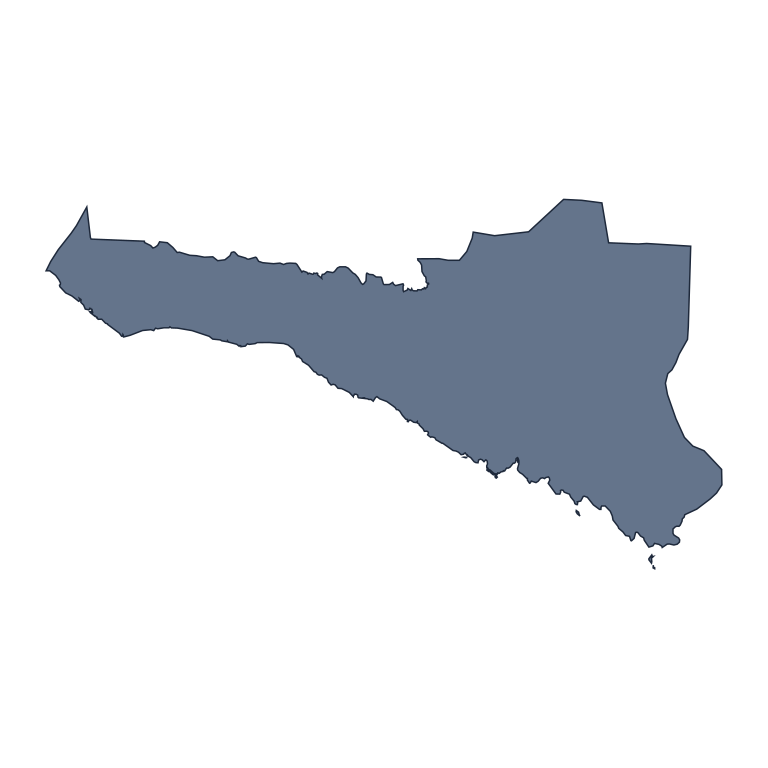 Mimika, Papua, Indonesia
{"feature_id": "22746128B99426029309213", "entity_name": "Mimika", "entity_type": "district", "adm_level": 2, "iso_a3": "IDN", "parent_name": "Indonesia", "parent_adm1": "Papua", "projection": "equal_earth", "projection_center": [136.425, -4.63], "detail": "fine", "context": "isolated", "style": "filled", "palette": "slate", "viewbox_px": 768, "rotation_deg": 0, "n_neighbors": 0, "source": "geoboundaries", "source_scale": "gbopen_adm2", "svg_char_len": 6096}
<svg xmlns="http://www.w3.org/2000/svg" viewBox="0 0 768 768"><path d="M667.5,394.6L665.4,383.2L667.8,373.6L671.9,369.9L675.9,362.6L679.0,354.4L687.5,339.4L688.3,327.0L690.7,246.2L646.7,243.5L638.3,244.0L608.6,242.8L601.9,202.9L581.8,200.3L563.6,199.4L528.6,231.8L494.6,235.7L473.2,232.1L472.2,238.2L466.8,251.5L459.4,260.3L448.2,260.3L439.1,258.7L417.7,258.8L417.9,260.2L420.2,262.4L421.6,265.1L422.0,271.6L424.3,275.8L425.7,276.9L426.3,280.5L426.0,281.9L427.3,283.3L428.5,283.2L428.7,283.9L427.3,285.1L427.3,287.0L426.2,287.5L425.6,288.7L424.3,287.7L423.8,289.0L422.5,288.8L421.3,289.9L417.8,289.7L417.1,290.9L413.4,290.8L412.2,290.0L411.7,288.7L410.8,290.5L407.9,288.5L407.2,290.1L403.6,291.7L403.1,290.4L403.1,286.3L403.6,285.2L403.0,283.8L395.5,285.6L393.6,284.2L392.7,282.4L389.4,284.5L384.0,284.6L383.3,283.8L381.5,277.6L380.9,277.1L376.2,277.0L372.9,274.7L369.3,274.4L367.0,273.1L366.4,274.0L366.0,280.9L363.7,283.9L362.6,284.4L361.0,282.9L358.1,277.7L355.3,274.4L352.8,272.9L348.2,268.1L345.5,266.8L339.8,266.8L337.5,267.9L334.4,271.7L332.8,272.6L327.2,271.6L324.2,274.2L322.3,274.4L321.4,277.0L321.7,278.3L317.6,274.9L317.7,273.5L316.9,273.0L315.7,273.5L313.8,273.1L313.5,274.0L312.8,274.3L309.0,273.1L308.0,274.0L307.0,272.4L303.1,271.0L301.9,272.1L297.0,264.5L295.7,263.4L289.9,263.1L286.5,263.4L283.6,264.5L280.0,263.1L273.5,263.7L262.7,262.7L258.6,261.3L256.4,257.6L255.5,257.2L248.6,259.2L247.2,259.0L245.6,258.0L238.1,255.8L234.7,252.2L233.6,251.9L231.4,252.5L230.0,255.7L224.9,259.8L217.7,260.7L212.8,256.8L204.4,257.2L196.4,255.7L189.8,255.3L179.5,252.2L177.2,252.5L172.9,247.5L167.3,242.7L159.6,241.8L157.7,245.3L155.2,247.2L152.9,248.0L150.7,245.6L144.5,242.5L144.4,241.2L91.1,239.1L90.4,237.6L86.8,207.0L76.4,225.7L71.2,233.2L58.3,249.6L50.7,261.5L46.1,270.8L49.7,270.8L55.7,275.4L58.9,279.8L60.5,283.0L60.3,284.6L59.5,285.2L59.9,286.7L65.7,292.9L71.8,295.9L78.7,301.3L80.2,300.5L79.4,298.4L81.0,299.5L80.9,302.4L83.6,305.1L85.3,309.1L88.6,309.8L89.4,309.5L89.6,308.3L90.8,308.5L91.1,309.3L92.0,309.5L92.7,312.7L92.4,313.3L91.4,312.0L91.6,311.0L90.8,311.8L89.7,311.7L90.4,312.7L95.4,316.7L94.1,315.3L96.9,317.4L97.7,317.2L97.2,317.6L96.2,317.3L98.2,319.3L101.7,319.2L105.5,323.2L107.5,323.8L107.6,324.4L119.4,333.2L121.6,336.2L122.7,335.9L122.9,334.5L123.4,335.3L123.0,336.5L123.6,337.0L130.1,335.3L142.6,330.5L150.8,329.7L153.7,330.6L155.5,328.2L157.7,328.8L163.9,327.8L169.0,327.8L169.9,326.8L171.4,327.9L177.5,328.1L192.1,330.6L209.2,336.3L212.7,339.1L220.4,339.9L221.7,340.8L228.0,341.9L227.4,341.6L227.5,340.8L228.5,342.1L236.8,344.3L239.1,346.2L239.5,345.6L240.7,345.6L240.9,346.7L245.3,346.1L247.4,343.8L249.1,344.4L255.3,343.6L257.1,342.6L269.5,342.5L283.6,343.5L288.0,344.9L293.6,349.4L296.7,356.6L298.0,356.8L297.5,356.1L297.8,355.7L298.9,356.3L299.6,357.6L301.5,359.0L302.6,361.5L308.5,365.2L314.1,371.7L315.9,372.2L317.4,374.3L319.1,375.1L321.6,374.9L324.5,377.3L327.0,378.3L328.5,382.2L331.1,385.0L333.1,384.3L335.1,384.8L338.0,388.3L341.7,388.6L349.3,392.4L353.3,396.7L353.4,395.5L354.3,394.9L354.5,394.2L356.3,394.3L357.7,395.1L358.0,397.2L358.6,397.8L363.8,398.4L363.5,397.8L364.6,397.8L365.2,398.6L367.5,398.8L368.9,399.5L371.0,399.4L373.2,401.2L375.5,397.6L376.9,396.6L379.8,398.9L386.8,401.5L395.1,407.5L396.4,409.6L398.1,409.8L399.8,411.2L402.4,415.3L405.8,419.2L407.4,419.4L407.4,421.5L408.3,421.7L409.1,420.3L410.5,420.1L413.6,422.2L416.1,422.6L417.3,421.5L417.4,423.0L419.3,424.2L419.3,425.1L423.0,428.7L424.4,431.3L426.8,431.2L428.1,431.9L428.5,433.1L427.6,434.8L429.6,436.5L430.8,437.3L431.8,436.8L434.8,437.7L436.0,439.8L442.0,443.3L442.7,443.2L453.0,450.5L455.9,451.0L458.5,452.2L461.1,454.7L463.7,454.2L464.1,453.4L465.2,452.9L467.2,455.6L467.5,455.1L468.1,456.1L470.7,457.6L474.1,461.7L475.8,462.6L478.0,462.8L478.6,460.0L480.4,459.2L482.0,459.7L484.0,461.7L485.7,459.9L486.4,460.2L487.2,461.2L487.5,463.9L486.7,465.9L486.8,467.5L487.5,467.6L488.5,469.3L490.3,470.1L493.7,473.2L495.5,474.1L495.3,474.7L496.0,475.3L496.9,474.9L497.3,474.1L496.9,473.8L497.6,473.8L497.8,472.9L499.2,473.3L501.0,471.9L503.1,471.5L503.4,470.7L504.6,471.0L506.5,468.1L508.3,468.1L510.1,467.1L513.2,463.2L514.6,463.1L515.6,462.0L516.1,458.6L517.4,457.6L518.1,458.2L518.9,460.9L518.8,464.0L517.5,468.7L517.7,470.1L519.7,472.5L522.6,474.3L526.7,478.4L527.4,478.4L527.4,480.1L529.5,483.2L530.2,483.0L531.3,481.1L536.0,482.6L538.1,481.3L540.6,478.3L542.7,477.8L544.6,478.6L545.7,477.6L548.4,476.9L549.3,477.9L549.8,480.1L548.2,483.3L556.0,494.0L559.8,494.1L560.7,492.0L560.5,490.5L561.5,490.0L563.1,490.3L564.2,492.2L569.5,494.2L570.7,497.0L574.1,501.1L574.9,503.6L576.2,504.5L577.4,504.6L577.7,502.5L577.3,501.8L580.7,501.1L583.2,496.5L584.3,496.2L587.4,497.3L593.4,504.9L599.5,509.4L600.9,509.4L601.0,507.4L601.7,506.0L605.2,506.0L610.3,511.3L612.3,516.0L613.0,520.0L618.0,526.4L618.7,528.3L623.1,532.1L625.6,535.5L629.5,536.3L630.9,540.6L631.5,540.8L634.1,538.4L635.6,532.5L636.8,532.2L637.8,532.5L640.5,536.0L643.6,537.8L644.3,540.3L648.9,547.1L652.9,545.9L654.5,543.4L659.0,544.4L661.8,546.2L662.2,547.5L667.2,544.1L669.5,544.0L673.9,545.0L677.2,544.2L679.4,542.2L679.7,539.9L678.6,538.0L674.0,535.1L673.0,533.4L673.0,529.0L675.3,526.8L676.8,526.2L679.0,526.3L680.2,525.1L682.0,521.3L682.3,518.9L684.1,517.2L684.8,514.7L696.8,509.1L710.1,499.0L716.5,493.1L721.9,484.9L721.6,469.4L704.0,450.7L692.8,446.1L684.4,437.4L675.9,418.7L667.5,394.6ZM652.5,556.7L651.8,554.9L648.9,558.7L648.9,559.8L651.5,563.2L651.8,561.7L651.4,557.0L652.4,557.4L653.3,556.5L652.5,556.7ZM578.6,512.2L576.3,510.5L576.1,511.8L577.3,513.8L580.0,516.0L579.2,514.7L578.6,512.2ZM489.7,470.7L487.2,468.1L486.9,470.2L488.7,471.5L489.7,470.7ZM490.1,470.9L490.1,472.1L492.8,474.5L493.8,474.9L494.4,474.6L490.1,470.9ZM517.8,462.0L518.3,461.4L517.9,458.5L517.3,460.4L517.8,462.0ZM495.8,477.5L495.4,476.8L496.2,476.4L495.5,475.3L495.0,476.4L495.4,477.6L496.3,478.1L497.3,477.1L496.8,476.5L495.8,477.5ZM654.1,568.4L653.5,567.8L653.3,565.1L653.1,567.9L654.7,568.6L654.6,567.0L654.1,568.4ZM467.3,457.5L464.1,457.1L463.7,457.2L465.7,457.8L467.3,457.5Z" fill="#64748b" stroke="#1e293b" stroke-width="1.5"/></svg>